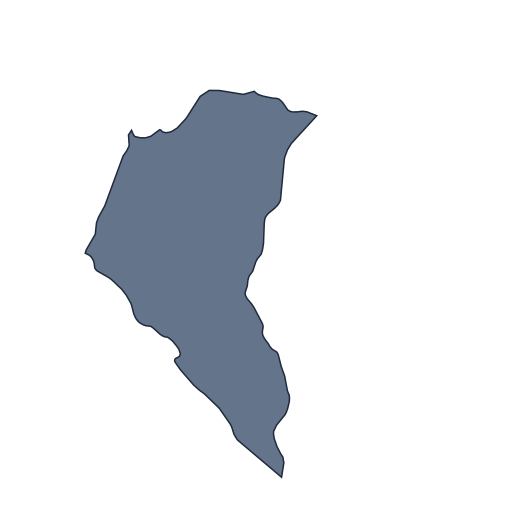 the border of Maldonado, rotated 136°
{"feature_id": "URY-20", "entity_name": "Maldonado", "entity_type": "Department", "adm_level": 1, "iso_a3": "URY", "parent_name": "Uruguay", "parent_adm1": "", "projection": "orthographic", "projection_center": [-54.808, -34.45], "detail": "fine", "context": "isolated", "style": "filled", "palette": "slate", "viewbox_px": 512, "rotation_deg": 136, "n_neighbors": 0, "source": "natural_earth", "source_scale": "10m", "svg_char_len": 2146}
<svg xmlns="http://www.w3.org/2000/svg" viewBox="0 0 512 512"><g transform="rotate(136 256 256)"><path d="M376.9,376.7L373.7,378.4L356.5,383.3L347.5,390.8L341.8,393.5L330.0,397.1L282.0,420.3L276.2,421.4L270.6,423.4L263.6,431.7L258.2,432.9L259.5,429.5L260.1,427.4L260.1,426.0L257.2,421.5L253.5,417.8L248.5,415.2L237.6,413.8L236.9,412.5L237.1,410.4L235.3,407.4L232.5,405.3L230.0,404.1L223.9,402.8L210.7,403.5L185.3,409.6L174.6,407.6L167.3,400.4L152.8,381.0L142.9,375.7L142.7,373.1L142.2,370.5L139.8,366.0L134.3,357.9L132.2,355.7L131.2,354.3L130.4,352.5L130.2,349.7L130.3,347.3L131.7,339.0L131.1,336.7L129.7,334.3L126.2,331.0L122.1,327.9L119.2,324.3L114.9,314.7L152.4,312.4L159.7,310.5L166.3,307.3L168.3,306.0L199.8,279.0L203.2,277.9L205.0,277.6L209.1,277.4L217.8,278.1L221.6,277.5L223.3,276.9L226.8,274.3L242.0,259.7L247.2,255.8L251.0,253.7L256.9,253.0L260.3,251.9L269.0,247.3L274.1,246.5L276.4,245.6L279.0,243.9L283.2,240.4L288.2,237.8L289.8,236.7L291.0,234.9L292.0,231.6L292.5,224.3L293.3,220.2L298.2,203.4L299.1,201.4L300.6,199.6L303.2,197.8L305.0,196.1L306.3,194.0L307.3,190.6L308.2,183.7L308.8,181.9L309.0,180.0L309.1,178.2L308.9,176.8L308.6,175.7L307.9,173.2L307.8,172.1L308.6,169.5L314.6,159.0L318.8,149.7L326.9,137.4L328.1,134.7L328.7,132.9L330.4,130.7L333.1,128.2L339.0,124.4L342.4,122.7L345.2,121.7L358.9,120.0L365.4,117.5L367.4,115.3L369.7,112.0L373.3,104.3L375.6,96.7L376.0,94.6L376.4,92.6L379.6,87.9L391.3,79.1L397.1,136.2L396.9,137.9L396.1,141.5L395.5,143.4L392.3,149.8L391.7,151.6L391.2,153.5L388.2,172.1L388.9,192.9L389.9,198.6L390.5,206.4L389.4,226.7L387.9,236.1L387.2,237.3L386.5,237.8L385.3,238.2L383.8,237.8L382.2,237.2L380.3,237.2L378.4,238.1L376.3,242.4L375.6,246.4L375.1,253.0L375.5,256.3L376.0,258.8L377.9,261.5L378.8,263.6L379.4,266.6L380.0,275.6L380.4,278.1L381.3,279.5L383.7,282.4L384.9,284.7L386.1,288.7L386.2,291.5L385.9,293.9L385.4,295.8L384.1,299.3L379.8,306.8L378.8,309.1L376.5,318.0L375.7,325.5L376.3,339.0L376.9,342.8L380.6,355.4L380.7,357.2L380.5,358.8L379.8,360.1L377.6,363.0L376.4,365.0L375.4,368.4L375.2,371.0L375.5,372.8L376.8,376.4L376.9,376.7Z" fill="#64748b" stroke="#1e293b" stroke-width="1.5"/></g></svg>